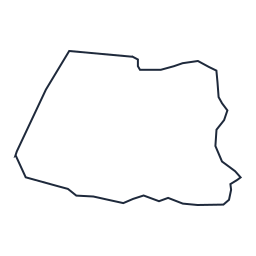 the district of Ödeshög, Östergötland, Sweden
{"feature_id": "70781695B38762641138003", "entity_name": "Ödeshög", "entity_type": "district", "adm_level": 2, "iso_a3": "SWE", "parent_name": "Sweden", "parent_adm1": "Östergötland", "projection": "natural_earth1", "projection_center": [14.746, 58.253], "detail": "fine", "context": "isolated", "style": "outline", "palette": "slate", "viewbox_px": 256, "rotation_deg": 0, "n_neighbors": 0, "source": "geoboundaries", "source_scale": "gbopen_adm2", "svg_char_len": 677}
<svg xmlns="http://www.w3.org/2000/svg" viewBox="0 0 256 256"><path d="M240.6,177.4L235.1,171.2L222.0,161.5L215.4,146.0L216.5,129.7L224.1,120.1L227.4,110.4L221.9,103.1L221.6,102.5L218.6,97.1L217.5,82.4L216.4,70.6L208.8,66.9L198.3,61.2L197.9,61.0L182.6,63.2L173.9,66.2L160.8,69.8L140.0,69.8L137.9,66.2L137.9,59.5L132.2,56.5L131.9,56.7L69.2,51.0L45.9,89.6L16.8,151.4L15.4,155.7L15.7,155.5L25.7,177.3L57.9,186.2L67.9,188.9L76.3,195.6L93.3,196.5L101.9,198.4L105.9,199.3L123.3,203.1L133.1,198.9L143.6,195.5L159.0,201.2L168.1,197.9L182.8,203.6L197.5,205.0L223.4,204.6L229.0,199.8L231.1,189.8L230.4,184.1L237.4,179.8L240.6,177.4Z" fill="none" stroke="#1e293b" stroke-width="2"/></svg>